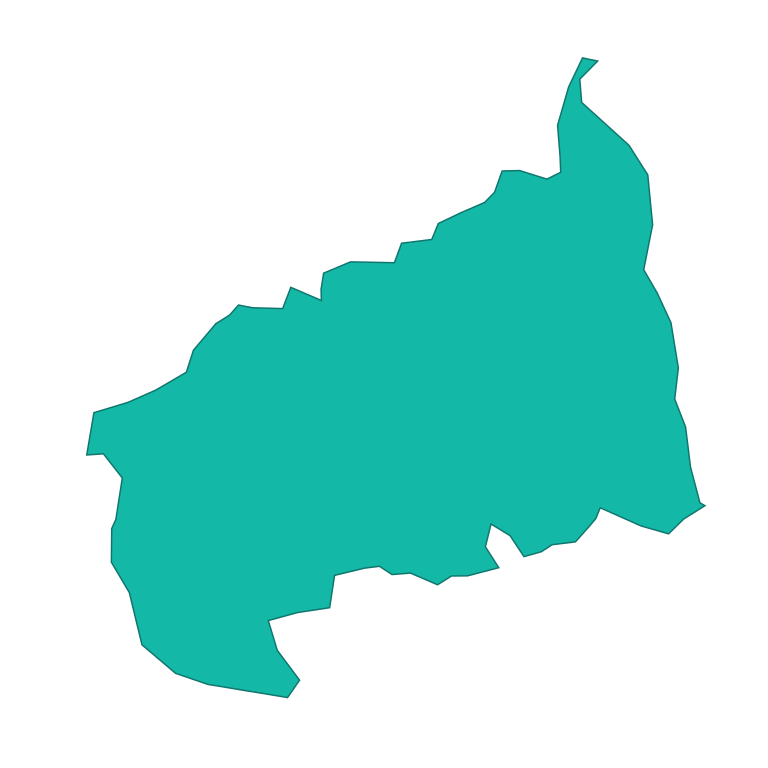 Psathi, Paphos, Cyprus, rotated 83°
{"feature_id": "46923920B43405779194913", "entity_name": "Psathi", "entity_type": "district", "adm_level": 2, "iso_a3": "CYP", "parent_name": "Cyprus", "parent_adm1": "Paphos", "projection": "mercator", "projection_center": [32.534, 34.892], "detail": "fine", "context": "isolated", "style": "filled", "palette": "teal", "viewbox_px": 768, "rotation_deg": 83, "n_neighbors": 0, "source": "geoboundaries", "source_scale": "gbopen_adm2", "svg_char_len": 1202}
<svg xmlns="http://www.w3.org/2000/svg" viewBox="0 0 768 768"><g transform="rotate(83 384 384)"><path d="M89.5,132.6L84.5,147.2L111.8,164.6L148.4,180.2L179.4,181.5L195.4,182.8L200.5,197.4L188.7,223.3L187.0,240.8L207.2,250.9L216.1,262.1L223.4,286.9L231.3,310.5L246.4,319.0L246.4,349.4L264.9,358.9L258.7,402.3L266.6,430.4L282.3,434.9L293.5,436.0L276.7,464.7L296.8,475.4L292.3,505.3L287.9,518.8L296.8,528.9L303.6,543.5L327.2,569.0L348.2,578.7L362.2,611.2L371.0,640.2L377.1,675.4L418.2,687.7L419.1,671.0L445.4,655.2L485.6,666.6L494.4,671.9L527.7,676.3L535.7,672.8L560.0,662.2L613.4,656.0L645.8,626.1L660.7,595.4L672.1,556.7L683.3,518.4L683.5,518.0L667.7,503.9L635.3,522.4L604.7,527.7L600.3,497.8L599.4,465.2L567.9,456.4L564.4,425.7L564.4,410.7L574.1,399.3L574.9,380.8L589.8,355.3L582.8,340.4L584.6,324.5L580.3,292.5L557.9,303.2L536.0,294.8L550.0,277.3L572.4,266.1L569.6,248.1L564.0,236.8L564.0,213.2L551.2,198.6L543.3,190.1L533.2,184.5L556.2,146.2L567.4,119.8L554.5,102.9L543.9,80.3L540.4,84.9L503.8,89.9L463.5,89.9L434.4,97.3L404.0,89.9L358.1,91.7L327.1,101.7L302.2,112.3L258.8,98.0L208.6,96.7L177.0,111.7L128.6,153.5L105.3,152.5L89.5,132.6Z" fill="#14b8a6" stroke="#0f766e" stroke-width="1.5"/></g></svg>